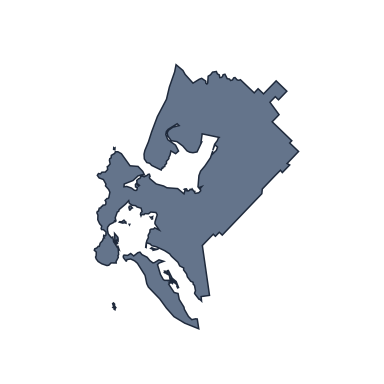 outline of Invercargill City, Southland, New Zealand, rotated 44°
{"feature_id": "76426892B89444897674661", "entity_name": "Invercargill City", "entity_type": "district", "adm_level": 2, "iso_a3": "NZL", "parent_name": "New Zealand", "parent_adm1": "Southland", "projection": "mercator", "projection_center": [168.346, -46.488], "detail": "fine", "context": "isolated", "style": "filled", "palette": "slate", "viewbox_px": 384, "rotation_deg": 44, "n_neighbors": 0, "source": "geoboundaries", "source_scale": "gbopen_adm2", "svg_char_len": 6149}
<svg xmlns="http://www.w3.org/2000/svg" viewBox="0 0 384 384"><g transform="rotate(44 192 192)"><path d="M101.1,110.9L92.1,111.5L96.1,117.7L102.8,132.2L109.2,143.0L114.7,161.8L121.2,176.8L125.8,186.1L129.2,194.8L131.2,198.1L134.7,201.3L139.0,202.2L141.7,200.7L144.5,200.9L154.6,197.6L153.8,195.8L154.3,195.5L154.4,194.7L153.9,194.2L154.7,192.6L153.7,191.2L153.9,189.3L152.3,187.7L152.2,184.1L151.4,183.4L150.5,180.6L148.3,177.1L153.6,175.8L153.9,171.9L147.6,169.7L138.3,171.2L133.2,168.9L131.5,166.2L131.3,163.5L133.9,153.2L136.6,153.2L133.2,158.7L132.2,163.9L133.1,166.7L135.5,168.4L141.4,169.5L146.2,166.2L153.4,165.3L159.8,165.9L162.7,165.0L165.4,163.1L167.8,159.7L164.6,150.2L164.5,150.7L158.9,143.1L173.6,133.9L173.6,135.3L174.5,137.3L175.1,141.9L178.0,147.6L176.1,143.2L176.4,142.1L179.2,142.0L180.6,145.1L180.4,151.4L178.4,148.1L181.5,154.6L183.2,164.3L183.7,171.1L185.6,175.4L192.7,184.1L195.1,184.4L194.3,183.3L195.3,181.2L195.5,183.7L197.4,185.1L197.4,187.8L195.5,190.5L194.4,190.8L193.6,189.6L192.6,190.2L189.9,189.7L190.1,190.6L188.8,191.3L189.1,192.5L188.5,194.0L187.3,194.8L187.3,194.0L185.8,193.6L184.7,194.8L184.5,195.5L185.6,195.3L187.5,198.9L179.3,199.5L171.0,206.4L167.4,207.4L160.7,211.1L152.2,211.7L151.0,210.9L151.0,209.9L149.0,208.8L148.2,209.7L148.1,211.5L147.0,214.4L145.5,214.8L144.4,216.6L145.1,218.4L144.4,219.5L144.2,222.0L146.5,224.0L149.6,223.7L149.5,224.9L146.0,224.5L146.1,225.9L147.9,227.6L149.5,226.8L150.9,228.6L150.7,229.8L149.3,230.8L145.7,231.2L141.2,233.3L139.4,235.5L137.7,233.3L141.6,224.7L142.0,217.8L144.2,214.1L145.8,212.7L142.3,211.4L135.4,211.1L129.2,216.2L114.6,213.5L110.8,214.5L108.9,216.3L109.6,217.9L108.5,221.7L110.1,223.6L109.7,225.2L110.6,226.6L113.6,228.6L113.8,231.7L113.4,232.6L115.7,234.4L115.8,237.9L113.4,240.4L113.6,242.5L111.9,243.7L112.3,245.8L115.4,246.4L119.6,244.6L124.6,246.1L125.5,247.7L130.3,248.1L133.1,249.2L136.1,253.9L136.1,255.1L135.4,255.7L135.3,258.4L137.0,258.9L138.4,260.6L138.4,261.9L137.1,263.2L137.4,264.3L136.9,265.3L137.4,266.9L136.5,268.0L138.0,270.8L137.4,271.8L138.1,273.1L140.4,274.0L143.5,277.4L147.6,279.0L150.7,279.2L152.1,281.5L153.1,281.8L154.4,280.6L157.9,280.5L160.0,282.8L160.0,283.8L158.6,284.4L159.3,285.4L160.9,285.9L160.3,286.8L161.4,289.1L161.5,292.6L163.1,295.5L162.3,296.2L162.4,298.4L161.5,300.4L162.2,301.8L164.9,301.7L167.4,304.5L167.8,305.8L169.6,306.7L172.8,307.2L177.0,306.3L181.9,304.0L183.0,302.5L183.1,299.2L186.8,295.7L185.7,294.8L184.4,290.3L182.9,289.2L182.7,288.0L178.7,284.4L180.2,284.7L177.9,284.1L179.4,284.0L175.7,282.1L177.7,283.4L176.9,283.8L170.3,282.2L170.9,281.0L174.5,282.0L173.4,281.4L173.5,280.7L174.7,280.7L171.0,279.6L171.2,278.6L172.8,278.5L171.3,276.9L170.3,276.8L170.2,276.1L165.1,275.6L170.8,281.0L170.2,282.2L166.3,279.4L165.8,280.9L160.8,280.3L157.5,278.0L155.7,275.9L155.3,272.6L156.9,268.0L156.2,266.4L156.5,265.8L157.4,266.2L157.4,265.6L154.7,263.9L152.1,258.2L152.7,256.9L151.8,255.2L152.6,246.9L152.5,242.2L154.8,243.7L158.3,243.0L160.9,241.0L162.8,241.0L166.6,239.0L169.7,240.8L169.6,242.3L170.3,243.8L171.9,244.6L171.6,243.8L172.2,242.1L173.2,241.8L173.2,240.2L175.8,238.0L176.3,235.0L180.3,231.8L182.8,232.5L186.2,239.3L187.4,240.6L194.9,242.1L190.0,243.7L190.1,245.2L188.3,247.2L188.1,248.4L189.6,250.2L190.5,253.6L192.4,255.2L193.2,258.1L194.5,260.5L197.1,264.0L197.6,263.8L195.0,260.7L194.9,259.9L197.9,258.5L200.4,258.5L204.3,256.2L213.0,253.2L219.0,252.0L221.7,252.5L230.7,252.3L234.5,253.7L238.8,252.4L240.1,253.9L245.0,254.7L247.7,256.3L253.2,257.1L255.5,256.2L256.9,257.5L258.7,257.5L263.1,260.6L264.1,263.0L264.8,263.3L271.5,264.3L272.2,264.0L271.6,263.7L274.6,263.8L271.2,260.9L276.4,254.2L236.6,223.3L236.6,207.6L239.6,207.6L239.6,202.0L243.7,202.0L243.4,144.7L240.5,141.0L240.4,122.4L240.5,114.9L243.5,115.3L243.5,104.7L240.6,105.5L240.5,88.8L228.2,88.9L228.2,85.8L200.9,85.8L200.9,75.9L185.7,73.3L185.7,65.6L190.2,65.6L190.2,53.6L175.3,53.6L175.3,71.7L167.8,71.8L167.9,77.5L148.8,77.6L148.1,79.1L146.7,80.0L143.4,79.8L142.7,81.0L143.3,83.2L142.3,85.0L140.5,84.7L138.6,86.0L133.9,84.4L132.9,86.0L133.7,87.7L133.6,89.1L132.5,90.4L130.3,88.8L128.2,89.4L125.8,88.4L123.5,91.5L123.9,94.8L123.2,97.5L127.6,102.7L127.7,104.0L126.2,104.1L124.9,102.7L120.0,103.5L118.9,105.8L117.1,113.0L105.4,112.2L101.1,110.9ZM284.0,279.7L282.7,280.7L280.5,284.0L275.9,284.0L268.0,281.7L266.2,280.4L257.5,278.2L252.5,274.7L249.0,276.7L239.2,274.5L239.5,272.8L238.3,272.8L239.4,271.8L241.6,271.4L240.8,270.0L236.6,271.7L233.7,274.6L232.1,274.9L226.7,273.3L217.6,268.2L217.7,265.9L219.8,261.5L215.4,263.7L214.0,268.9L213.2,270.1L209.1,270.6L205.1,270.1L199.5,271.8L196.3,271.4L195.2,273.3L194.5,278.5L190.6,278.8L189.8,282.3L186.9,284.6L187.1,285.9L188.3,286.9L192.5,287.5L192.8,287.2L192.1,285.8L194.4,282.8L198.5,281.4L202.3,281.2L216.2,284.6L223.2,289.4L226.7,290.7L243.1,291.3L254.3,293.3L265.6,294.2L277.9,291.4L291.9,285.7L284.0,279.7ZM237.6,267.8L229.5,264.9L229.0,265.6L230.4,266.4L230.3,267.5L233.2,267.4L237.4,270.5L242.6,269.3L239.3,268.8L237.9,269.2L236.3,268.0L237.7,268.6L239.4,267.8L243.2,269.4L245.2,269.1L242.0,267.6L242.6,267.6L249.4,270.4L242.8,267.4L237.6,267.8ZM214.2,326.4L212.6,326.3L212.4,327.4L215.1,328.8L215.3,330.0L216.5,329.3L217.2,330.4L218.4,330.2L217.5,328.8L217.6,328.1L215.3,327.7L214.2,326.4ZM164.8,259.7L162.6,259.5L162.1,262.3L160.6,263.5L160.6,264.2L163.8,262.5L165.3,260.4L164.8,259.7ZM160.2,244.9L157.6,244.7L156.8,245.8L157.3,246.9L159.6,248.3L160.1,247.6L159.7,246.1L160.2,244.9ZM204.5,261.0L206.8,257.5L207.4,255.8L206.9,257.0L204.9,258.8L201.7,260.1L201.5,261.2L203.9,260.4L204.5,261.0ZM231.1,267.8L228.3,267.2L227.4,267.9L229.9,268.6L233.1,267.7L230.1,268.5L229.4,268.1L231.1,267.8ZM107.2,215.2L105.9,213.7L105.6,214.6L105.0,214.6L106.0,215.8L107.2,215.2ZM181.3,237.9L180.8,237.0L180.5,237.7L180.9,238.0L179.5,239.0L180.5,239.2L181.3,237.9ZM248.0,270.9L247.9,270.3L246.2,269.7L246.4,270.2L248.0,270.9ZM166.2,260.3L165.6,259.8L165.4,260.7L166.2,260.3ZM229.0,268.5L227.9,268.8L227.8,269.1L228.3,269.2L229.0,268.5ZM182.7,238.4L182.0,238.7L182.1,239.1L182.7,238.4ZM169.9,259.1L169.7,258.5L169.3,258.9L169.9,259.1Z" fill="#64748b" stroke="#1e293b" stroke-width="1.5"/></g></svg>